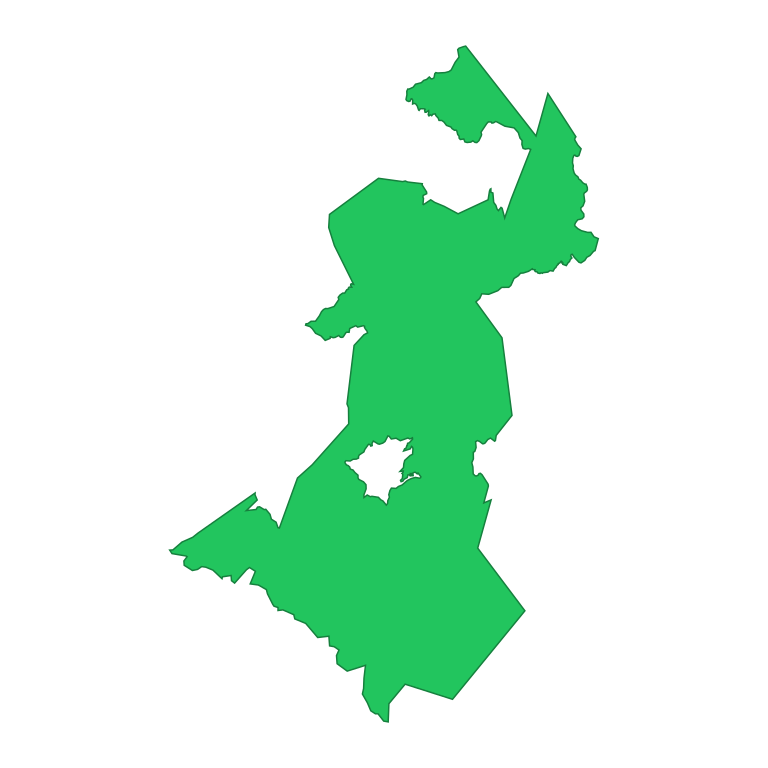 the district of Santiago Lachiguiri, Oaxaca, Mexico
{"feature_id": "50627088B82456148735878", "entity_name": "Santiago Lachiguiri", "entity_type": "district", "adm_level": 2, "iso_a3": "MEX", "parent_name": "Mexico", "parent_adm1": "Oaxaca", "projection": "natural_earth1", "projection_center": [-95.518, 16.79], "detail": "fine", "context": "isolated", "style": "filled", "palette": "green", "viewbox_px": 768, "rotation_deg": 0, "n_neighbors": 0, "source": "geoboundaries", "source_scale": "gbopen_adm2", "svg_char_len": 6092}
<svg xmlns="http://www.w3.org/2000/svg" viewBox="0 0 768 768"><path d="M450.9,127.0L452.0,128.6L454.5,130.3L456.0,130.1L456.8,130.9L457.7,134.5L459.1,136.3L459.1,138.1L460.3,139.5L463.8,139.0L464.9,141.9L467.1,142.5L470.9,142.1L472.8,140.8L475.0,142.4L476.8,142.6L478.9,140.7L481.3,135.7L481.6,134.4L481.0,132.2L486.8,123.5L488.4,121.9L491.2,122.0L491.9,123.1L493.6,122.8L495.6,121.5L496.7,121.8L504.9,126.2L514.1,127.9L518.3,132.6L520.0,138.1L522.1,140.6L521.9,144.5L523.1,148.4L525.3,149.1L528.5,148.5L530.7,149.4L511.1,199.3L504.7,218.0L502.1,208.2L501.0,207.4L498.4,210.6L497.0,208.9L495.9,205.4L493.7,202.4L492.9,193.0L490.9,192.2L490.9,188.8L490.2,189.2L489.5,191.0L488.1,199.8L458.1,213.8L444.1,206.3L434.7,202.4L430.7,199.8L423.6,204.6L423.0,204.2L423.5,198.3L422.9,197.3L423.2,195.4L426.7,193.7L426.6,192.0L422.1,184.9L422.3,183.7L407.6,182.0L405.3,181.0L402.6,181.6L378.5,178.3L329.5,214.4L328.7,227.5L334.4,245.6L353.6,284.3L351.3,283.8L350.8,284.2L350.6,285.2L351.7,287.2L349.2,287.1L348.3,288.2L348.6,289.0L346.7,289.8L344.7,293.1L342.7,293.1L340.0,295.0L338.2,297.3L338.8,299.5L334.1,306.5L327.8,308.6L325.5,308.5L323.4,309.6L321.5,311.7L319.4,315.8L315.5,321.2L311.0,321.3L307.9,323.6L306.0,323.8L305.6,325.2L310.0,326.6L312.3,328.7L315.6,333.3L321.0,335.9L325.2,340.4L330.1,338.4L330.3,336.7L333.1,337.7L335.1,337.4L338.8,335.5L340.4,337.2L342.0,337.4L343.2,336.9L345.9,332.7L346.8,332.2L349.1,332.3L349.7,328.5L355.8,325.7L357.7,327.1L363.4,325.7L364.6,326.3L364.4,327.2L365.3,328.9L367.0,331.1L367.6,332.9L364.0,334.7L354.1,345.4L347.0,403.9L348.5,407.7L348.7,423.9L312.2,464.8L297.5,478.0L279.4,528.0L278.0,527.7L276.1,522.2L271.4,519.2L270.0,514.3L265.8,509.3L264.2,509.6L259.6,506.8L257.5,507.1L256.1,509.5L246.3,510.6L257.2,500.0L255.0,494.8L255.1,493.0L198.1,533.0L192.7,537.3L181.9,542.1L172.9,549.9L169.7,550.1L172.0,553.6L186.0,556.0L187.1,556.7L183.9,561.0L184.2,565.3L192.4,570.5L197.6,569.4L201.7,566.6L205.9,567.2L212.9,570.1L222.0,578.7L222.5,576.8L231.1,575.5L231.5,580.7L234.6,583.1L246.5,569.7L249.5,567.5L255.4,571.3L250.2,583.9L258.3,585.0L266.4,589.6L267.5,593.9L272.8,604.4L274.0,606.2L278.0,607.5L278.0,610.5L282.9,609.9L293.8,614.7L294.8,618.9L305.7,623.4L317.7,637.5L328.9,636.2L329.6,645.9L334.2,646.7L339.0,650.0L336.5,655.6L337.1,663.7L347.2,671.1L365.5,665.3L364.0,678.2L363.6,688.5L362.4,694.0L367.4,702.8L370.8,710.8L375.4,713.8L378.0,713.8L383.7,721.1L388.2,721.9L388.9,703.7L405.1,684.2L452.5,699.3L524.9,610.8L477.7,548.1L491.1,499.9L483.8,502.9L488.4,486.0L488.1,484.2L482.1,474.8L480.4,473.3L479.0,473.6L478.1,475.2L476.4,476.0L475.1,475.8L473.2,473.9L472.9,467.0L471.8,462.7L473.4,458.9L473.3,452.3L474.8,451.4L476.1,447.5L475.6,441.7L477.4,440.6L479.5,441.4L482.6,443.8L483.8,443.7L485.1,443.0L487.8,439.5L490.5,438.1L494.6,441.2L495.4,440.6L496.2,435.4L512.0,415.4L502.0,337.8L475.9,301.9L479.7,298.5L481.8,293.8L488.7,294.3L497.8,290.7L501.7,287.4L508.8,287.3L510.9,285.4L514.0,278.5L518.4,275.7L520.5,273.2L523.3,273.0L528.6,271.3L532.3,268.8L532.7,269.5L535.0,269.7L534.7,270.7L535.4,271.6L536.9,271.7L537.8,273.0L540.0,273.5L541.0,272.8L542.4,273.3L543.1,272.7L547.9,272.1L549.9,270.6L553.1,271.1L554.6,268.5L555.9,267.5L556.8,265.6L558.3,264.3L558.2,263.6L559.9,262.9L560.8,261.4L561.4,261.2L562.0,261.7L561.8,262.9L562.9,263.0L562.8,264.3L566.3,265.6L568.3,262.5L569.5,261.6L570.3,259.5L571.9,258.0L570.7,256.0L571.3,254.5L572.3,254.3L574.3,257.4L579.0,262.3L581.0,262.9L584.8,260.4L586.8,257.3L590.0,255.5L593.6,251.3L595.1,250.6L598.3,238.6L594.0,236.8L591.0,232.3L587.7,232.4L581.4,230.7L577.9,228.7L574.9,225.9L574.7,224.7L575.5,222.8L577.7,219.8L582.2,218.8L583.9,216.8L583.8,214.0L581.0,210.2L580.8,207.8L583.0,205.9L584.7,201.3L583.8,194.4L584.2,193.1L586.6,191.3L587.4,189.9L587.3,187.4L586.0,184.1L585.0,184.2L582.8,182.8L580.5,180.1L578.9,179.2L577.9,176.8L575.4,174.9L574.1,172.8L573.0,168.6L573.3,165.8L572.5,162.9L572.8,158.2L573.9,155.4L574.9,155.1L576.0,156.2L577.3,156.4L578.9,155.6L581.1,148.8L577.8,145.1L574.7,139.8L575.0,138.1L575.9,136.8L547.9,93.5L536.0,136.0L465.7,46.1L463.6,46.6L459.0,48.2L457.7,49.6L459.0,57.1L455.2,62.2L451.2,70.0L448.9,71.6L445.0,72.6L437.7,73.0L435.8,72.6L434.8,73.7L434.0,77.8L432.5,78.7L431.2,78.9L429.3,77.0L426.5,79.5L423.7,80.4L421.3,82.7L415.5,84.2L413.2,87.2L409.0,89.1L407.8,89.0L406.8,91.2L406.9,94.8L406.0,99.4L406.7,100.6L408.7,101.5L410.0,101.2L411.1,98.9L411.8,98.7L412.7,100.1L412.6,104.0L414.1,103.4L415.6,103.8L417.2,105.9L418.6,110.0L419.1,110.4L420.4,108.7L424.3,108.8L425.2,109.3L424.6,110.3L425.1,112.3L426.3,112.2L428.6,110.6L428.8,112.0L428.2,114.7L429.0,115.9L430.2,114.7L431.7,115.7L432.9,114.2L435.3,113.9L435.9,115.6L438.2,118.1L439.0,120.4L441.9,120.5L444.0,122.1L446.5,125.4L450.9,127.0ZM385.0,441.5L387.9,435.9L389.2,436.3L391.3,439.0L396.1,438.2L400.3,440.7L407.9,438.0L409.9,439.0L412.4,437.8L412.6,439.1L409.2,442.8L407.6,443.3L407.3,445.4L406.9,445.4L406.0,448.2L404.6,448.8L403.6,451.0L410.2,448.9L411.6,446.4L412.4,447.1L413.0,448.7L412.5,454.4L410.2,455.4L404.7,460.4L403.8,463.9L403.5,467.6L400.0,471.4L403.3,471.0L403.0,472.4L401.9,473.4L402.8,474.4L402.3,478.6L400.5,480.3L401.1,481.7L402.9,481.1L404.2,479.2L407.2,477.6L408.0,474.8L409.3,474.9L410.2,475.9L410.9,475.3L411.8,475.8L412.8,475.2L413.3,476.3L413.0,474.3L411.9,474.8L409.6,473.5L411.8,473.6L414.3,472.3L415.4,472.3L417.2,473.9L418.0,473.0L420.9,476.8L420.6,477.7L419.6,478.2L415.4,477.4L411.2,478.6L407.3,480.5L402.1,485.0L398.4,486.5L396.1,488.4L391.4,488.1L389.9,490.6L388.8,494.7L389.4,497.2L387.8,500.7L387.6,503.5L386.3,505.1L382.9,500.9L380.8,499.8L378.4,497.3L371.9,496.3L370.3,496.7L367.2,495.0L364.0,497.5L363.9,494.9L366.1,488.9L366.0,484.7L363.5,481.8L358.8,479.4L358.0,477.8L358.0,475.2L354.9,472.5L353.0,470.0L350.3,469.1L349.7,467.0L348.0,465.5L346.4,464.9L345.0,462.7L345.0,461.8L346.0,460.7L350.2,461.0L353.1,459.3L356.3,459.1L358.5,458.1L358.5,456.5L359.2,455.0L363.9,451.9L364.8,449.5L368.5,444.3L370.0,444.5L370.8,446.1L372.2,445.6L372.0,443.4L373.3,441.0L378.0,443.9L379.4,444.2L382.8,443.1L385.0,441.5Z" fill="#22c55e" stroke="#15803d" stroke-width="1.5"/></svg>